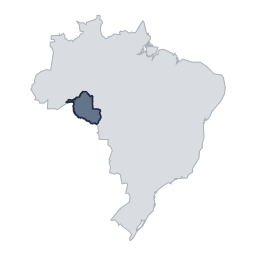 where Rondônia sits in Brazil
{"feature_id": "BRA-595", "entity_name": "Rondônia", "entity_type": "State", "adm_level": 1, "iso_a3": "BRA", "parent_name": "Brazil", "parent_adm1": "", "projection": "natural_earth1", "projection_center": [-63.452, -10.832], "detail": "fine", "context": "in_parent", "style": "filled", "palette": "slate", "viewbox_px": 256, "rotation_deg": 0, "n_neighbors": 0, "source": "natural_earth", "source_scale": "10m", "svg_char_len": 7642}
<svg xmlns="http://www.w3.org/2000/svg" viewBox="0 0 256 256"><path d="M66.0,38.5L68.6,41.1L71.9,39.9L73.0,41.6L74.8,39.2L79.3,36.7L80.3,34.4L83.1,33.1L83.4,31.6L80.1,31.1L79.2,24.9L76.4,20.9L80.2,22.9L83.6,22.8L86.0,24.8L86.7,22.4L95.2,19.4L97.1,17.4L97.0,15.5L99.5,15.4L100.3,16.3L99.5,19.4L101.7,20.3L102.5,22.9L101.0,24.9L100.3,30.0L101.9,35.5L105.9,38.6L107.6,38.1L108.5,36.4L110.0,36.8L114.6,33.9L120.3,34.8L119.5,32.5L120.4,31.0L121.5,31.7L125.2,30.6L129.5,33.3L131.3,32.0L135.3,33.0L142.7,20.7L143.9,22.0L146.5,33.2L147.7,35.0L150.2,36.0L150.5,38.8L146.3,44.3L143.6,46.0L140.2,53.4L136.8,54.5L140.3,54.7L145.6,50.9L146.6,55.7L148.0,57.2L153.4,55.5L151.8,60.8L154.0,56.6L156.5,54.1L157.7,54.8L158.2,54.1L157.8,52.1L159.4,49.8L163.6,49.3L172.6,53.4L173.3,55.4L174.5,54.0L176.7,55.6L177.2,57.4L176.1,58.6L176.6,59.2L177.7,58.0L178.0,59.2L177.0,60.4L176.3,64.0L177.7,62.5L178.7,59.8L178.9,61.7L183.0,59.2L192.4,62.3L200.0,62.0L207.3,67.0L213.8,73.8L221.8,75.1L223.4,77.6L225.3,87.5L224.4,94.0L221.2,100.5L212.2,111.3L212.2,110.4L210.5,115.3L207.6,119.6L206.3,120.2L205.4,118.3L204.6,119.3L203.3,123.9L204.0,137.0L202.1,144.6L202.3,147.7L199.7,150.8L198.8,158.5L192.7,168.1L192.3,172.5L188.8,174.3L187.0,178.0L182.6,178.1L181.7,176.7L181.3,178.3L174.4,178.7L174.7,179.9L170.2,183.0L167.8,182.9L163.4,185.5L157.8,190.1L156.7,192.3L155.7,191.5L155.3,192.5L154.1,192.1L155.7,193.4L154.4,194.8L153.9,197.3L154.6,202.7L153.2,210.7L148.5,215.2L142.5,226.2L137.1,231.2L137.0,229.6L140.8,227.5L144.3,221.5L144.4,220.4L142.2,221.1L141.0,219.1L141.6,221.0L140.9,223.3L137.5,227.0L136.4,229.9L136.7,231.5L134.0,237.1L130.5,240.6L129.8,240.1L129.9,237.3L131.8,234.8L128.9,230.9L122.4,226.4L120.4,223.9L118.4,225.2L118.3,223.4L114.6,219.6L112.8,220.6L110.9,220.0L119.3,209.5L120.2,209.5L120.1,208.5L129.3,202.2L130.2,197.0L128.6,193.3L125.7,193.3L127.7,184.4L125.8,183.0L122.0,183.8L120.3,174.6L117.1,173.0L114.7,174.1L109.6,172.8L110.5,166.7L108.9,161.9L110.4,160.8L109.1,159.5L112.3,150.6L110.6,146.6L107.9,145.0L108.2,139.5L99.2,139.4L98.9,134.8L97.2,132.6L98.7,132.5L97.6,125.0L94.8,123.3L91.3,123.5L84.9,118.6L78.3,117.3L75.4,114.6L73.5,110.4L73.4,101.5L67.6,102.6L57.4,109.6L54.4,108.7L47.4,109.0L47.9,99.9L44.5,103.0L39.8,103.2L38.8,100.3L34.7,99.8L35.8,97.4L30.7,89.1L32.0,87.7L31.8,85.3L34.9,82.8L34.4,80.7L36.1,75.1L41.3,71.5L46.5,69.6L50.6,70.3L53.4,52.4L52.3,48.5L50.1,46.3L50.2,42.2L54.7,41.7L53.9,39.5L51.2,39.4L51.2,35.7L59.5,35.6L59.4,34.1L60.7,35.5L63.4,33.3L64.8,35.7L65.0,38.7L66.0,38.5ZM148.8,46.2L158.0,47.3L155.8,53.5L154.1,53.7L153.8,54.8L152.5,54.2L151.0,55.9L147.5,55.8L146.2,52.7L147.2,51.9L146.1,50.8L146.8,47.1L148.8,46.2ZM140.9,53.8L142.3,49.3L143.8,48.7L143.7,51.4L140.9,53.8ZM151.3,44.0L150.4,45.7L148.3,45.3L148.7,44.2L151.3,44.0ZM148.2,42.1L147.8,45.6L146.9,45.2L148.2,42.1ZM152.8,46.2L151.5,46.4L150.9,46.1L152.5,45.1L152.8,46.2ZM146.8,46.3L145.4,47.4L144.9,46.8L145.8,45.8L146.8,46.3ZM149.3,43.3L148.6,42.6L149.7,41.9L149.8,42.5L149.3,43.3ZM148.5,34.4L147.8,34.5L147.6,33.3L148.3,33.2L148.5,34.4ZM154.9,206.0L154.6,204.9L155.3,203.8L155.4,204.1L154.9,206.0ZM171.0,182.5L171.2,183.8L170.3,183.5L171.0,182.5ZM154.6,198.1L154.3,197.4L154.9,196.7L155.1,197.0L154.6,198.1ZM177.5,61.7L176.9,63.0L177.5,61.2L177.5,61.7ZM205.8,120.4L204.9,120.8L205.5,119.8L205.8,120.4ZM176.8,179.2L175.9,179.6L175.7,179.3L176.3,178.8L176.8,179.2ZM204.3,122.8L203.9,123.5L203.7,123.1L204.3,122.8ZM175.0,52.8L175.1,53.6L174.8,53.4L175.0,52.8Z" fill="#d9dde1" stroke="#a8b0b8" stroke-width="1"/><path d="M73.4,105.4L73.5,105.2L73.8,105.0L73.8,104.9L73.9,104.6L74.0,104.4L73.9,104.1L73.9,103.7L73.7,103.2L73.7,102.8L73.9,102.4L73.9,102.2L73.7,102.0L73.5,101.5L73.4,101.4L73.1,101.3L72.8,101.6L72.7,101.9L72.7,102.0L72.3,102.2L72.0,102.0L71.8,102.0L71.9,101.8L71.6,101.9L71.5,101.6L71.4,101.8L71.2,101.8L70.7,101.9L70.4,102.0L70.0,101.9L69.9,101.9L69.8,102.1L69.7,102.0L69.1,102.2L68.7,102.3L68.3,102.5L67.9,102.5L67.3,102.6L67.2,102.7L66.3,102.2L66.6,102.0L66.7,101.7L67.0,101.7L67.3,101.4L67.5,101.2L67.8,101.1L68.0,101.0L68.5,100.3L68.5,100.2L68.4,99.8L68.4,99.7L68.5,99.7L68.9,99.8L69.2,99.7L69.4,99.8L69.7,99.8L70.4,99.7L70.6,99.7L70.8,99.9L71.1,100.2L71.2,100.3L71.3,100.4L71.5,100.5L72.0,100.5L72.1,100.4L72.1,100.1L72.6,99.8L72.8,99.8L73.0,100.0L73.2,99.8L73.3,99.7L73.7,99.3L74.3,98.9L74.4,99.1L74.5,99.3L74.5,99.5L74.8,99.9L75.0,99.9L75.2,99.7L75.3,99.4L75.5,99.3L75.6,99.0L75.8,98.8L75.8,98.7L75.7,98.2L75.8,98.0L76.0,97.6L76.5,97.3L76.9,97.5L77.4,97.6L77.5,97.5L77.7,97.3L77.9,97.1L78.0,97.1L78.5,97.0L79.0,97.0L79.3,97.1L79.5,97.0L79.7,96.6L79.7,96.3L79.7,96.2L79.7,95.6L79.8,95.6L80.0,95.7L80.3,95.6L80.5,95.3L80.6,95.1L80.7,94.8L80.7,94.7L80.4,94.4L80.4,94.2L80.6,93.8L80.7,93.6L80.8,93.5L81.2,93.4L81.6,93.2L81.6,92.9L81.7,92.7L82.3,92.6L82.4,92.4L82.4,92.1L82.6,91.6L85.8,91.7L86.1,91.7L86.6,92.0L86.9,92.3L87.0,92.6L87.1,92.9L87.5,93.3L87.6,93.7L88.0,93.7L88.4,93.8L88.5,94.1L88.6,94.3L88.8,95.0L89.2,95.0L89.4,95.1L89.4,95.3L89.5,95.6L89.6,96.0L89.9,96.2L90.2,96.3L90.3,96.3L90.4,96.5L90.7,96.7L90.8,96.6L91.0,96.1L91.1,95.9L91.4,95.9L91.6,95.6L92.1,95.7L92.2,95.9L92.2,96.1L92.7,96.5L92.8,96.7L92.8,96.9L92.6,97.4L92.4,98.0L92.5,98.2L92.6,98.5L92.3,98.8L92.3,99.0L92.2,99.3L92.4,99.6L92.5,99.6L92.5,99.8L92.5,100.1L92.6,100.7L92.8,101.0L92.7,101.2L92.6,101.5L92.4,101.6L92.5,101.8L92.5,102.1L92.6,102.4L92.6,102.8L92.6,103.1L92.4,103.5L92.3,103.9L92.3,104.0L92.4,104.5L92.6,105.2L92.8,105.5L92.7,107.1L92.9,107.3L92.8,107.6L92.7,107.6L92.7,108.2L92.6,108.8L92.9,108.9L98.0,109.0L98.0,109.3L98.3,109.6L98.6,109.4L98.9,109.5L99.2,109.6L99.4,109.6L99.6,109.6L99.8,109.6L100.1,109.8L100.3,110.1L100.3,110.5L100.5,111.0L100.5,111.3L100.3,111.5L100.2,111.8L100.1,112.0L99.7,112.3L99.6,112.7L99.6,113.2L99.7,113.5L99.7,113.9L99.8,114.1L100.1,114.1L100.4,114.8L100.5,115.0L100.6,115.3L100.7,115.5L100.7,116.2L100.8,116.6L101.0,116.9L101.0,117.1L100.6,118.3L100.1,118.9L99.9,119.8L99.6,120.1L99.3,120.2L99.1,120.3L98.8,120.8L98.8,121.2L98.4,122.1L98.2,122.9L98.1,123.1L97.7,123.3L96.8,124.0L96.5,124.3L96.1,124.0L95.8,123.8L95.7,123.7L95.0,123.6L95.0,123.2L94.9,123.2L94.6,123.3L94.5,123.5L94.4,123.5L94.1,123.5L93.9,123.5L93.8,123.4L93.4,123.3L92.9,123.6L92.7,123.7L92.4,123.6L92.2,123.4L91.7,123.5L91.4,123.5L91.1,123.6L90.8,123.1L90.7,123.0L90.4,122.7L90.2,122.6L90.1,122.4L89.7,121.9L89.7,121.4L89.4,121.2L89.4,121.3L89.2,121.2L88.8,121.3L88.7,121.3L88.3,121.3L88.2,121.2L87.9,120.9L87.5,120.9L87.1,120.7L87.0,120.4L86.8,120.3L86.7,120.4L86.4,120.4L86.4,120.5L86.2,120.3L86.1,120.2L85.9,120.1L85.6,119.6L85.3,119.6L85.2,119.4L85.2,119.2L85.1,118.9L85.0,118.6L84.9,118.5L84.6,118.4L84.4,118.6L84.1,118.7L83.7,118.8L83.5,118.6L83.3,118.5L83.2,118.4L83.0,118.2L82.9,117.9L82.6,117.9L82.3,117.6L82.0,117.5L81.3,117.3L81.0,117.4L80.7,117.9L80.5,117.7L80.2,117.8L80.1,117.7L79.8,117.6L79.7,117.5L79.4,117.5L79.3,117.4L79.2,117.5L78.9,117.6L78.9,117.4L78.6,117.4L78.4,117.4L78.2,117.2L77.9,116.9L78.0,116.5L78.0,116.3L78.0,116.2L77.9,116.1L77.6,116.0L77.4,116.0L77.1,115.8L76.9,115.6L77.0,115.4L76.9,115.3L76.8,115.6L76.7,115.6L76.7,115.4L76.5,115.2L76.4,114.9L76.2,114.8L75.8,114.8L75.6,114.8L75.4,114.7L75.3,114.4L75.4,114.2L75.2,114.0L75.2,113.7L75.1,113.3L74.8,113.1L74.8,112.9L74.7,113.0L74.7,113.3L74.4,113.2L74.4,112.9L74.5,112.7L74.4,112.6L74.6,112.5L74.4,112.4L74.3,112.2L74.3,111.9L74.1,111.8L73.9,111.9L73.8,111.7L73.6,111.1L73.8,110.8L73.5,110.6L73.5,110.4L73.6,110.2L73.4,110.0L73.4,109.8L73.7,109.6L73.7,109.1L73.9,108.8L73.8,108.7L73.8,108.2L73.6,107.9L73.4,107.9L73.5,107.5L73.5,107.2L73.2,106.8L73.3,106.4L73.2,106.2L73.1,105.9L73.3,105.8L73.5,105.5L73.4,105.4Z" fill="#64748b" stroke="#1e293b" stroke-width="1.5"/></svg>